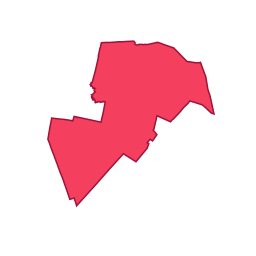 outline of Maureni, Caras-Severin, Romania, rotated 22°
{"feature_id": "2599482B93688021028520", "entity_name": "Maureni", "entity_type": "district", "adm_level": 2, "iso_a3": "ROU", "parent_name": "Romania", "parent_adm1": "Caras-Severin", "projection": "equal_earth", "projection_center": [21.478, 45.422], "detail": "fine", "context": "isolated", "style": "filled", "palette": "rose", "viewbox_px": 256, "rotation_deg": 22, "n_neighbors": 0, "source": "geoboundaries", "source_scale": "gbopen_adm2", "svg_char_len": 4330}
<svg xmlns="http://www.w3.org/2000/svg" viewBox="0 0 256 256"><g transform="rotate(22 128 128)"><path d="M187.6,62.3L181.1,51.6L170.6,40.0L169.7,40.7L167.3,41.9L162.8,43.0L157.5,44.2L156.8,43.8L155.2,43.1L143.6,38.0L140.3,36.6L135.6,36.9L129.9,37.2L126.7,37.2L123.2,37.5L117.5,41.5L113.7,43.9L113.6,44.0L113.4,43.9L113.2,43.8L112.6,43.9L112.2,44.2L111.6,44.7L111.3,44.8L110.9,45.0L110.5,45.1L110.1,45.1L109.9,45.1L109.5,45.2L108.7,45.6L108.5,45.8L108.2,45.9L107.9,45.9L107.3,46.1L107.2,46.2L107.0,46.4L106.9,46.5L106.7,46.5L106.5,46.8L106.3,47.2L105.8,47.4L105.1,47.6L104.2,47.8L103.8,47.9L103.4,47.8L103.2,47.7L103.0,47.3L102.6,46.5L102.6,46.3L102.1,46.0L101.9,45.9L101.5,45.6L101.3,45.4L101.2,45.4L100.9,45.5L100.5,45.5L99.9,45.6L99.5,45.8L99.1,46.1L94.2,48.3L93.1,48.8L91.8,49.5L88.7,50.9L88.0,51.1L87.1,51.6L85.8,52.1L85.2,52.5L84.7,52.8L82.7,53.7L81.2,54.5L80.5,54.8L78.2,55.9L77.7,56.0L76.9,56.3L72.8,58.2L71.4,58.9L71.4,59.3L71.6,60.3L71.8,61.4L71.8,61.7L72.2,63.3L72.2,63.5L72.1,63.9L72.1,64.1L72.2,64.8L73.5,72.5L73.9,72.5L76.2,86.6L77.2,94.8L77.3,95.7L77.5,97.2L77.7,99.4L77.5,99.5L77.4,99.4L77.2,99.4L77.1,99.5L76.9,99.7L76.9,99.8L76.8,100.1L76.8,100.3L77.0,100.7L77.0,100.8L77.1,101.1L77.1,101.3L77.1,101.5L76.9,101.7L76.8,101.8L77.1,101.9L77.3,101.9L77.4,102.0L77.4,102.3L77.4,102.5L77.5,102.6L77.9,102.4L78.1,102.4L78.2,102.5L78.1,102.9L78.1,103.0L78.4,102.9L78.6,102.8L78.8,102.8L79.0,102.8L79.4,102.9L79.5,103.0L79.8,103.2L80.1,103.6L80.4,103.6L80.5,103.7L80.5,104.1L80.6,104.3L81.3,103.9L81.5,103.7L81.8,103.6L82.4,103.6L82.1,103.9L82.1,104.0L81.9,104.2L81.9,104.4L82.5,104.8L82.5,105.0L82.4,105.2L82.4,105.3L82.5,105.8L82.6,106.1L82.9,106.2L83.0,106.2L83.2,106.4L83.5,106.5L83.6,106.4L84.2,106.8L84.1,107.1L83.6,107.5L83.5,107.8L83.4,108.1L83.4,108.3L83.2,108.5L82.9,108.8L82.9,109.0L82.9,109.3L82.9,109.5L82.6,110.0L82.4,110.3L82.3,110.5L82.2,110.6L81.9,110.8L81.7,111.0L82.0,111.1L82.5,111.2L82.8,111.2L82.9,111.3L83.0,111.5L83.0,111.9L82.9,112.1L82.8,112.4L82.5,112.6L82.6,112.8L82.8,112.9L82.9,113.3L83.0,113.4L83.1,113.5L83.3,113.8L83.5,113.9L83.8,113.9L83.8,113.7L83.8,113.4L83.9,113.1L84.1,113.0L84.3,113.0L84.7,113.1L84.9,113.4L84.9,113.5L84.7,113.8L84.4,114.0L84.4,114.4L84.4,114.5L84.5,114.6L84.6,114.9L84.7,115.0L84.8,114.9L85.2,115.1L85.3,115.0L85.5,115.0L85.6,114.9L85.7,114.7L85.7,114.4L85.8,114.1L86.0,114.0L86.3,114.1L86.5,114.5L87.2,114.7L87.3,114.7L87.4,114.8L87.4,115.0L87.4,115.6L87.6,115.8L87.7,116.0L87.8,116.0L87.8,116.4L87.8,116.6L88.1,116.8L88.5,116.7L89.0,116.2L89.4,115.9L89.6,115.8L89.8,115.7L90.0,115.5L90.0,115.4L90.0,115.2L90.3,114.9L90.8,114.7L90.9,114.4L91.1,114.3L91.4,114.3L91.9,114.5L92.0,114.5L92.2,114.4L92.3,114.4L92.9,114.5L93.0,114.5L93.1,114.4L93.3,114.2L93.4,113.9L94.1,113.6L94.4,113.5L94.9,113.0L95.0,113.0L95.2,112.9L95.2,112.7L95.4,112.6L95.5,112.5L95.8,112.5L96.0,112.7L96.3,112.5L96.3,112.4L96.5,112.4L97.0,112.4L97.4,113.6L97.6,115.0L97.9,116.5L98.2,118.0L98.3,118.2L98.9,121.4L99.8,126.0L99.7,126.1L99.7,126.3L100.3,130.0L100.8,132.7L89.2,134.7L86.0,135.3L84.4,135.6L83.1,135.8L78.8,136.5L77.4,136.8L76.8,136.9L76.8,137.2L76.5,137.1L76.3,137.1L76.1,137.1L75.8,137.1L75.6,137.1L74.5,137.3L73.8,137.4L73.7,137.4L74.1,142.1L72.3,142.4L71.2,142.6L66.6,143.7L65.1,144.1L64.7,144.2L62.2,145.0L61.3,145.2L59.5,145.8L58.2,146.1L53.5,147.4L53.6,147.7L53.8,148.6L54.6,152.8L55.0,154.9L55.3,156.6L55.6,158.0L55.9,159.1L56.5,162.1L56.9,163.7L57.6,166.9L58.0,168.6L58.3,168.8L62.4,173.2L62.5,173.4L62.7,173.7L64.1,175.3L68.1,179.5L68.6,180.1L69.7,181.2L70.0,181.5L70.8,182.6L71.0,182.7L71.1,182.9L71.4,183.2L72.0,183.8L72.4,184.2L73.3,185.1L73.5,185.5L74.3,186.3L76.1,188.2L76.8,189.1L77.0,189.3L78.2,190.7L79.4,191.9L80.2,192.9L84.7,197.6L85.9,198.8L87.0,200.0L88.0,201.1L88.1,201.3L89.1,202.4L90.7,204.4L90.8,204.5L91.1,204.7L100.0,215.0L100.5,215.5L100.7,215.9L101.9,215.1L102.0,214.9L102.7,214.5L104.4,213.2L105.0,213.9L105.6,214.7L106.6,215.8L109.1,218.8L109.5,219.4L116.2,201.1L120.1,190.5L123.9,179.5L127.1,170.6L133.4,153.6L148.0,156.3L150.7,148.0L153.3,139.8L153.2,134.8L151.3,134.5L152.8,130.2L155.6,130.8L157.3,123.3L152.2,120.5L152.5,119.5L150.3,105.8L165.2,106.3L165.6,104.6L166.8,102.5L170.6,92.6L171.9,88.2L174.2,83.2L175.3,79.7L188.3,78.7L191.8,79.9L199.4,82.9L202.5,82.8L191.9,67.3L187.6,62.3Z" fill="#f43f5e" stroke="#9f1239" stroke-width="1.5"/></g></svg>